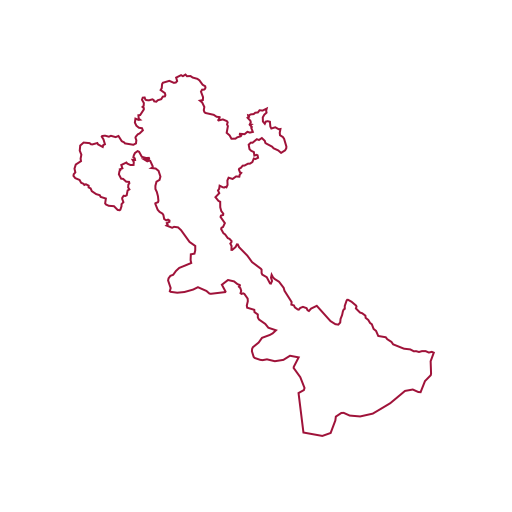 outline of Gansu, rotated 192°
{"feature_id": "CHN-1150", "entity_name": "Gansu", "entity_type": "Province", "adm_level": 1, "iso_a3": "CHN", "parent_name": "China", "parent_adm1": "", "projection": "albers", "projection_center": [103.309, 37.691], "detail": "fine", "context": "isolated", "style": "outline", "palette": "rose", "viewbox_px": 512, "rotation_deg": 192, "n_neighbors": 0, "source": "natural_earth", "source_scale": "10m", "svg_char_len": 6143}
<svg xmlns="http://www.w3.org/2000/svg" viewBox="0 0 512 512"><g transform="rotate(192 256 256)"><path d="M153.7,93.8L172.9,93.2L185.9,130.8L181.3,134.8L181.1,137.0L187.5,146.7L195.9,154.3L196.0,155.5L193.2,165.7L202.0,165.5L207.6,160.1L215.7,157.0L223.8,157.2L227.9,155.5L230.3,155.3L236.1,156.0L237.3,156.8L240.2,162.0L240.5,164.3L240.1,166.1L235.4,171.9L233.1,177.2L226.0,181.7L223.6,183.8L221.0,187.5L229.0,188.4L232.8,191.5L239.9,194.5L241.4,196.2L242.1,199.2L245.8,200.8L246.5,203.0L253.9,203.6L254.7,205.6L254.6,210.1L255.3,212.6L259.5,216.5L260.9,216.8L262.2,215.9L263.4,216.4L263.2,218.8L264.6,221.3L266.3,222.4L265.6,223.7L265.9,224.3L268.2,224.6L272.2,226.6L278.4,226.7L283.4,220.8L278.4,214.9L278.6,214.3L292.4,209.6L293.8,209.6L297.2,211.5L306.3,213.4L310.5,210.1L318.5,205.9L325.4,203.7L332.1,203.2L333.0,203.6L332.8,206.9L336.9,213.8L336.9,216.0L335.6,218.8L333.1,220.4L331.2,224.7L328.6,228.4L317.9,235.7L319.1,238.3L320.1,244.1L316.7,245.5L316.6,248.8L317.5,253.2L323.9,255.9L334.7,265.7L338.2,267.8L342.2,267.5L343.9,266.2L349.9,267.2L349.0,268.3L350.1,269.7L347.8,271.4L348.0,272.7L349.6,273.3L351.2,272.2L353.5,273.1L355.1,276.8L356.3,278.0L359.5,279.1L361.8,280.8L365.4,286.2L365.4,286.7L363.1,288.2L362.9,289.6L364.3,294.0L366.3,298.0L368.3,300.6L369.0,303.7L368.8,308.0L366.2,310.4L366.0,313.8L369.0,319.0L372.3,320.7L376.5,320.3L375.5,321.2L375.7,322.3L379.3,327.1L380.1,327.2L382.0,326.0L385.7,327.3L381.2,328.5L380.8,329.0L381.2,329.7L383.8,329.0L388.3,329.3L392.0,333.6L393.6,334.0L395.8,331.6L396.4,329.3L396.5,327.1L394.9,326.3L394.3,324.8L396.7,324.4L395.1,322.6L394.7,319.6L397.7,318.9L401.1,319.6L402.2,320.5L406.7,317.0L404.9,314.0L407.2,312.5L406.6,311.7L407.2,310.7L407.1,307.4L404.0,303.6L402.0,303.8L398.4,301.7L395.6,302.1L395.0,300.8L395.7,299.3L395.3,296.5L393.7,294.8L395.2,293.4L395.1,288.5L396.4,287.5L398.0,287.4L398.9,285.2L398.8,284.1L396.9,281.1L398.3,278.7L397.9,276.7L398.3,273.1L398.9,272.4L400.9,272.3L405.3,275.2L410.5,274.5L413.5,275.2L414.5,276.1L414.8,281.0L420.2,281.5L421.5,283.0L425.2,283.3L430.1,285.3L431.8,287.7L434.0,288.3L434.3,290.0L437.3,290.8L438.7,289.8L439.6,290.7L442.3,291.3L444.4,293.7L449.0,294.6L451.2,296.4L451.3,298.1L450.1,300.2L451.7,303.7L451.3,308.0L446.9,312.4L447.8,314.7L447.9,318.8L450.3,322.4L450.9,327.5L448.2,331.1L442.2,331.8L440.8,331.0L439.3,331.1L434.7,333.5L433.7,332.3L428.6,330.8L428.5,332.7L427.0,333.9L429.4,338.3L431.7,340.7L431.4,341.4L428.7,342.3L424.7,342.1L422.9,343.4L418.0,343.1L415.5,344.8L411.2,340.4L408.6,339.7L407.6,338.9L399.1,339.3L396.8,341.2L397.1,344.3L398.5,346.6L398.4,347.7L396.9,350.5L395.4,351.6L392.8,355.4L394.1,357.3L397.2,357.1L400.1,358.6L402.2,361.3L402.5,365.3L399.2,364.7L397.8,365.2L399.2,365.9L400.3,369.2L398.6,369.8L396.2,376.0L396.5,377.4L398.0,378.2L397.1,379.5L397.5,382.3L400.0,385.1L399.7,387.3L397.9,387.9L396.7,386.0L395.7,385.7L393.1,386.0L389.9,387.7L388.6,387.3L387.7,386.1L385.6,386.2L384.5,387.9L381.3,389.7L380.3,392.5L378.3,393.2L378.1,394.6L379.0,396.4L383.8,398.5L383.1,400.6L383.6,404.6L383.1,406.1L377.2,409.3L372.3,408.3L370.5,409.0L369.5,410.7L371.2,413.9L366.9,417.3L364.9,416.7L362.7,418.8L360.9,417.5L357.5,418.4L355.1,417.4L350.2,417.1L347.9,416.1L343.8,412.4L341.0,411.5L340.4,410.1L340.7,408.8L341.5,407.9L343.3,407.5L344.0,405.3L340.8,400.3L340.4,397.5L343.1,396.3L340.6,395.0L337.5,391.0L337.4,387.8L336.6,386.3L335.3,385.4L326.7,385.3L323.5,384.0L320.5,384.3L320.3,383.7L321.2,381.1L320.8,380.8L316.8,382.7L312.6,381.9L311.5,380.9L311.7,378.7L310.5,377.2L310.3,370.4L306.9,368.5L304.4,365.6L300.5,366.5L299.0,368.2L295.9,369.9L295.5,370.6L297.1,371.5L297.1,372.2L292.5,372.8L290.2,375.7L287.7,375.4L284.9,376.7L287.3,380.4L286.9,381.3L288.9,382.7L288.0,383.6L289.4,383.6L288.9,385.8L289.7,387.2L292.9,389.4L292.2,390.0L292.9,391.8L292.2,391.6L292.4,392.0L290.4,393.5L287.8,394.3L286.5,396.0L284.0,396.8L282.8,399.3L279.8,399.6L276.2,402.4L276.3,400.4L275.5,398.4L277.3,395.9L278.2,393.0L277.2,389.0L274.9,387.2L274.4,389.5L272.6,390.3L270.3,390.2L268.9,385.6L267.5,383.9L263.9,385.9L260.1,384.7L258.5,385.3L258.4,381.4L257.6,379.1L254.5,378.0L252.9,376.5L249.0,369.3L248.8,367.6L249.5,365.4L252.9,362.1L256.2,363.9L261.2,365.0L263.0,366.3L269.3,368.1L270.4,368.6L271.3,370.4L274.8,372.6L277.2,370.1L279.5,370.4L282.9,366.1L284.6,365.8L286.3,363.4L284.6,359.2L282.6,357.9L279.7,357.2L278.5,353.9L276.4,355.1L275.4,354.8L274.4,352.5L276.8,350.7L278.4,350.9L279.1,347.1L281.1,345.1L283.1,344.6L286.0,342.1L287.8,341.6L289.2,339.0L290.6,337.9L290.7,337.0L289.2,334.7L287.7,334.2L288.8,332.3L288.8,330.1L292.0,329.7L294.9,326.5L299.1,326.9L299.7,323.9L298.6,319.6L299.2,317.0L300.4,317.2L301.4,316.3L302.7,316.3L306.2,317.2L306.0,314.0L306.8,312.2L305.0,309.8L307.9,305.1L304.2,302.1L302.3,301.6L301.1,296.2L299.3,292.7L296.8,290.6L296.7,289.3L298.7,288.2L298.8,286.8L293.3,281.7L294.3,277.5L295.6,276.5L295.7,275.1L292.6,271.5L290.7,270.7L287.3,267.6L285.5,267.3L283.0,265.5L282.9,264.4L283.7,262.8L282.0,260.7L281.3,256.9L280.5,257.0L277.8,260.6L277.1,263.4L276.2,263.5L274.4,261.1L264.6,254.6L258.6,249.2L248.5,244.5L247.7,243.8L247.0,240.5L246.0,239.1L241.1,237.5L236.6,232.1L235.7,232.1L235.1,234.9L236.8,237.9L236.8,240.9L234.9,238.6L233.0,237.4L228.1,235.6L222.3,230.6L220.9,227.9L211.6,218.4L211.3,215.8L208.6,215.5L207.3,213.8L204.1,212.4L203.0,212.4L201.9,214.4L199.5,216.0L195.7,215.5L194.3,213.7L192.8,213.2L191.2,216.0L186.2,219.9L169.6,207.8L164.2,205.8L161.2,206.0L159.8,208.4L160.2,212.0L159.5,216.2L159.5,220.0L159.1,221.9L158.2,222.8L158.8,225.6L158.1,231.2L157.7,232.1L156.9,232.3L153.0,231.1L147.8,228.3L147.2,227.5L147.4,225.5L142.5,222.3L140.3,222.1L136.6,220.4L135.9,218.3L132.9,216.8L130.5,214.2L128.5,213.3L125.8,209.1L123.0,207.7L119.8,203.2L112.2,203.5L110.3,201.9L105.6,200.1L103.5,198.1L92.0,196.1L85.7,196.7L81.8,195.6L79.6,196.2L76.6,196.0L73.8,197.5L70.3,198.2L66.8,197.5L64.1,198.8L62.0,198.4L63.3,189.4L60.3,177.3L60.3,175.7L64.7,168.8L66.7,157.0L69.0,156.7L74.9,158.0L82.2,155.0L94.1,139.9L109.0,126.1L120.8,120.7L131.2,119.4L137.6,120.8L139.9,120.2L144.5,115.5L144.2,111.6L146.2,98.4L153.7,93.8Z" fill="none" stroke="#9f1239" stroke-width="2"/></g></svg>